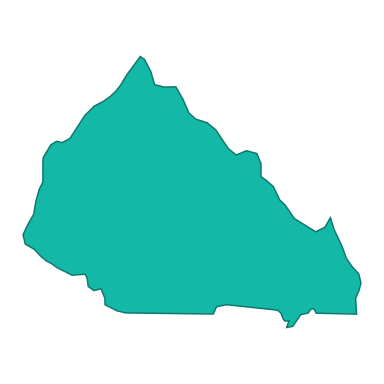 the border of Nahouri
{"feature_id": "BFA-2830", "entity_name": "Nahouri", "entity_type": "Province", "adm_level": 1, "iso_a3": "BFA", "parent_name": "Burkina Faso", "parent_adm1": "", "projection": "equal_earth", "projection_center": [-1.167, 11.251], "detail": "fine", "context": "isolated", "style": "filled", "palette": "teal", "viewbox_px": 384, "rotation_deg": 0, "n_neighbors": 0, "source": "natural_earth", "source_scale": "10m", "svg_char_len": 1152}
<svg xmlns="http://www.w3.org/2000/svg" viewBox="0 0 384 384"><path d="M213.3,314.0L170.7,313.5L125.6,312.9L116.7,310.7L105.0,304.7L104.9,298.3L101.0,288.8L93.9,290.6L88.2,286.4L87.3,279.0L85.4,274.2L72.0,275.2L56.8,267.5L51.8,263.8L46.9,261.3L41.2,256.7L34.4,249.4L25.3,244.1L23.0,234.7L28.7,222.9L33.7,214.3L35.7,202.1L39.2,189.4L42.9,182.1L42.9,162.6L43.2,157.7L50.8,144.8L56.6,141.3L62.1,142.6L69.9,138.5L85.1,115.1L94.7,105.8L102.8,101.7L110.1,96.6L115.7,91.3L120.5,85.3L127.0,74.6L140.3,56.5L144.5,59.5L150.8,71.5L154.6,84.6L164.1,87.1L175.8,86.8L182.9,99.2L189.0,113.1L195.8,119.2L207.0,122.7L215.8,129.9L228.2,148.5L236.1,155.0L246.4,150.7L256.9,153.6L261.0,163.7L261.0,176.7L266.0,180.2L273.3,186.6L279.7,199.9L285.3,205.3L294.3,218.5L315.6,231.8L325.0,227.2L330.4,217.7L334.1,229.6L342.2,246.6L346.4,258.5L352.2,266.7L358.7,273.8L361.0,283.0L359.1,290.2L355.6,298.6L356.6,314.1L316.2,313.2L314.4,309.6L312.4,308.6L310.3,309.7L308.3,313.0L300.7,314.7L292.8,326.3L286.6,327.5L289.0,320.9L285.3,321.1L283.5,319.6L281.0,313.2L278.3,310.7L275.3,309.9L226.5,304.7L216.5,306.8L213.3,314.0Z" fill="#14b8a6" stroke="#0f766e" stroke-width="1.5"/></svg>